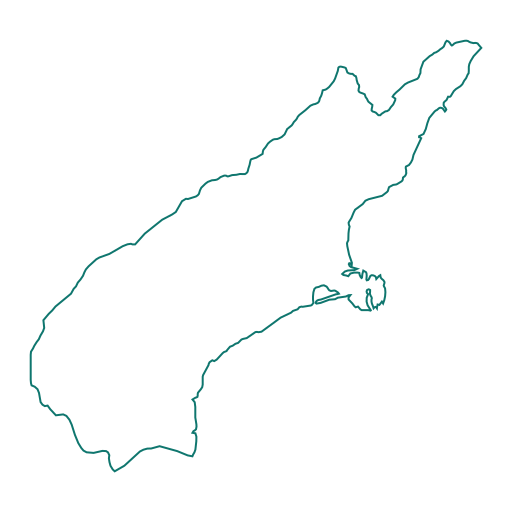 the Regional Council of Canterbury
{"feature_id": "NZL-3400", "entity_name": "Canterbury", "entity_type": "Regional Council", "adm_level": 1, "iso_a3": "NZL", "parent_name": "New Zealand", "parent_adm1": "", "projection": "mercator", "projection_center": [172.324, -43.488], "detail": "fine", "context": "isolated", "style": "outline", "palette": "teal", "viewbox_px": 512, "rotation_deg": 0, "n_neighbors": 0, "source": "natural_earth", "source_scale": "10m", "svg_char_len": 5972}
<svg xmlns="http://www.w3.org/2000/svg" viewBox="0 0 512 512"><path d="M481.3,47.9L473.6,56.2L470.7,61.0L469.3,64.1L468.8,66.8L468.8,70.9L468.6,73.3L467.7,74.5L466.1,78.2L464.2,80.7L462.3,84.3L460.4,86.2L455.9,89.1L453.8,91.1L450.7,96.2L450.1,96.7L449.5,96.8L448.1,96.7L446.6,99.9L445.5,100.9L444.5,101.7L443.7,102.8L443.6,105.0L444.0,106.2L445.7,108.3L446.3,109.6L445.7,110.6L444.9,111.5L442.9,108.7L441.8,108.0L440.2,107.7L439.0,108.2L436.8,110.1L435.8,110.5L434.6,111.5L429.3,117.9L427.4,123.1L425.8,129.0L423.5,134.0L419.1,136.2L419.1,137.2L419.8,137.3L421.2,138.2L413.5,154.9L412.4,159.6L410.9,162.5L409.0,165.0L405.9,166.6L405.7,167.9L406.2,170.6L406.1,172.1L406.3,172.8L406.2,173.6L405.5,175.3L404.5,176.5L403.7,176.9L403.0,177.6L402.8,179.5L402.4,180.5L401.5,181.4L397.1,184.1L396.1,184.5L393.2,184.9L389.1,187.1L388.6,188.4L388.2,189.9L387.8,191.1L386.9,192.1L382.1,195.8L368.7,199.2L365.4,200.7L362.7,204.1L355.1,209.7L353.7,212.4L351.4,218.0L349.1,221.7L348.6,222.8L348.9,224.8L349.6,226.5L348.9,229.8L348.5,233.3L348.3,240.5L347.7,241.4L347.0,243.2L347.3,246.2L349.1,254.7L351.9,262.8L351.7,265.0L350.5,263.4L349.3,263.2L348.8,264.1L349.6,266.0L351.1,267.1L357.2,268.8L354.4,270.1L347.9,270.5L344.9,271.5L342.2,274.0L343.4,275.0L346.2,275.5L348.3,276.2L350.4,273.5L354.1,272.6L357.7,272.6L359.3,272.9L359.7,275.0L360.6,276.9L361.5,278.0L362.0,277.6L362.4,274.0L363.3,270.6L366.0,272.2L366.5,273.4L366.7,275.7L366.4,279.5L366.8,280.3L368.1,280.0L369.0,278.9L369.7,277.3L370.5,275.8L371.8,275.2L373.3,275.4L374.8,276.0L375.9,277.1L376.3,279.0L379.1,275.9L380.3,275.2L380.7,277.6L381.9,279.0L383.3,280.1L384.4,281.8L384.5,282.8L383.7,285.6L384.0,286.4L384.8,287.8L385.1,288.5L385.4,292.2L385.1,296.2L384.3,300.1L383.1,303.5L381.9,301.6L379.4,304.9L377.6,304.5L377.0,307.4L376.9,308.3L376.1,307.1L375.3,306.9L374.4,307.4L373.6,308.3L373.1,306.6L371.9,303.5L371.5,301.6L371.5,299.5L371.8,298.3L371.6,297.3L370.5,295.5L369.9,293.7L370.1,291.7L370.1,290.0L368.8,289.3L367.2,289.9L366.6,291.3L366.9,292.9L368.1,294.1L366.7,297.8L366.6,301.6L367.6,305.3L370.8,310.3L370.5,310.6L368.1,310.1L361.6,310.1L360.3,309.3L358.0,306.6L355.7,307.3L354.5,306.3L352.4,303.5L348.6,299.5L348.5,297.6L350.4,295.1L348.6,295.2L345.9,296.5L337.8,297.7L335.1,299.2L329.3,299.7L320.6,302.9L316.5,303.6L315.7,303.0L316.1,301.6L317.1,300.6L318.3,300.0L321.0,299.5L335.9,294.3L337.4,294.1L338.9,293.7L338.1,292.6L335.4,290.8L334.2,290.5L331.0,291.0L329.3,290.3L328.6,289.5L327.4,287.6L326.6,286.6L323.9,285.3L321.4,285.7L318.8,286.9L316.0,287.5L314.4,288.9L313.4,292.3L313.0,296.4L313.0,299.7L313.4,302.6L313.1,303.3L311.9,304.9L310.9,305.5L302.6,306.8L301.4,306.6L299.4,307.2L297.6,309.3L293.0,310.9L291.0,312.7L280.7,317.6L261.5,331.7L258.5,332.2L256.9,331.9L255.4,332.1L246.7,338.1L243.1,338.9L241.5,339.5L238.1,342.9L235.4,343.8L232.7,345.7L230.0,346.7L227.2,350.0L226.5,351.1L223.9,352.1L222.7,353.1L216.7,359.6L214.2,361.1L212.3,360.3L209.6,362.2L208.8,363.7L208.5,365.1L203.1,375.1L202.7,376.7L202.7,384.6L202.2,387.2L200.8,389.3L198.0,392.7L197.7,394.0L197.7,395.5L197.4,396.9L196.2,397.5L195.4,397.7L192.5,399.5L194.7,402.2L195.3,407.0L195.3,417.5L196.4,424.3L196.5,426.7L196.0,429.3L194.8,430.4L193.5,431.1L192.5,432.8L195.4,433.3L196.4,436.7L196.3,441.3L195.4,449.6L194.4,452.4L193.2,454.4L192.4,456.3L187.7,455.4L177.2,451.1L159.6,446.2L151.2,448.5L147.3,448.6L143.4,449.7L139.9,451.5L124.4,465.7L114.7,471.3L112.7,469.4L110.5,465.8L109.5,462.2L108.9,458.3L109.3,455.2L108.0,452.4L106.1,451.1L102.4,450.9L93.6,452.9L86.6,452.3L83.5,450.6L81.3,448.0L78.3,443.1L74.9,434.8L71.7,424.7L69.4,419.7L66.4,415.9L63.2,414.4L55.9,415.3L50.3,409.3L47.6,405.6L44.8,406.1L42.5,404.7L40.6,402.1L39.0,392.9L37.5,389.2L34.7,386.7L31.6,385.4L31.0,383.3L30.7,379.9L30.7,354.8L31.0,351.7L33.0,348.5L34.3,345.8L36.7,342.0L38.8,339.3L40.5,335.5L43.0,331.3L44.2,327.9L43.4,320.2L48.7,313.9L52.2,310.5L55.5,306.5L71.0,293.7L73.7,288.8L76.0,286.4L77.8,282.6L80.5,279.5L83.0,275.8L84.4,272.3L85.9,269.4L88.6,266.3L96.3,259.3L99.4,257.5L109.4,253.9L122.7,246.2L127.5,244.3L130.9,243.8L132.5,244.4L135.1,244.4L144.8,233.6L162.2,219.7L172.1,214.5L175.8,212.0L182.0,201.2L185.9,198.8L188.0,199.0L195.9,196.5L197.7,195.3L198.9,193.9L200.0,190.3L201.3,187.7L205.5,183.6L207.8,181.9L211.9,180.3L215.1,180.0L216.9,179.6L218.5,178.7L220.5,177.1L224.2,175.6L225.5,175.6L226.5,175.8L227.2,176.3L227.7,176.4L228.5,176.3L232.1,175.1L236.3,174.8L239.9,174.0L244.9,174.1L246.4,173.2L247.5,171.9L248.0,170.3L248.4,168.5L249.6,164.8L250.3,161.3L250.7,159.9L251.3,159.2L256.4,157.6L262.6,153.9L262.9,151.4L263.4,149.8L265.7,147.0L268.0,143.5L270.0,141.7L272.9,139.7L274.4,139.2L277.3,139.0L279.1,138.3L281.7,137.0L284.6,134.4L287.2,129.0L291.7,125.4L292.7,124.0L293.8,122.1L295.9,119.9L296.8,118.7L297.8,116.7L299.3,115.0L305.4,110.2L310.4,105.7L313.3,104.4L315.2,104.0L317.7,102.9L319.0,101.5L319.5,99.9L319.8,98.4L321.2,95.8L321.7,94.3L322.1,92.9L322.7,90.3L325.6,89.6L327.3,88.5L329.2,86.9L333.7,81.3L335.1,78.5L337.8,70.9L338.4,67.6L339.2,66.9L340.2,66.6L341.4,66.7L344.7,67.5L345.8,68.1L347.4,72.5L349.2,73.5L351.1,73.9L352.6,73.9L354.6,75.8L355.8,76.2L356.4,78.0L356.7,80.1L357.7,83.5L359.0,85.1L359.2,87.0L358.7,88.7L358.5,90.7L359.4,92.1L360.9,92.8L362.7,93.4L364.7,94.3L365.7,97.2L367.0,98.9L367.8,100.7L368.5,101.8L372.4,104.9L372.2,106.8L371.7,108.9L371.6,110.5L372.7,111.5L374.4,112.0L375.9,112.7L378.4,115.2L380.3,115.2L381.6,113.8L385.3,111.4L387.2,111.1L389.0,109.9L390.8,107.2L393.2,104.5L395.2,100.2L395.3,98.6L392.6,96.7L393.8,94.8L396.3,92.3L399.5,89.6L404.9,84.3L408.1,82.5L417.4,78.8L418.7,77.2L419.4,75.1L420.4,73.1L420.6,69.3L423.4,61.7L429.7,56.1L432.3,54.6L434.2,52.9L436.1,52.3L438.5,50.8L440.2,49.3L442.2,48.0L443.8,46.5L445.5,42.3L446.7,40.8L448.5,41.5L450.0,43.1L450.9,44.7L451.9,45.5L453.1,44.7L454.3,43.5L456.3,42.6L464.6,40.8L466.4,40.7L467.9,41.0L469.2,41.8L470.5,42.4L473.4,43.1L475.3,42.9L476.7,43.1L477.8,43.6L478.3,44.4L481.3,47.9Z" fill="none" stroke="#0f766e" stroke-width="2"/></svg>